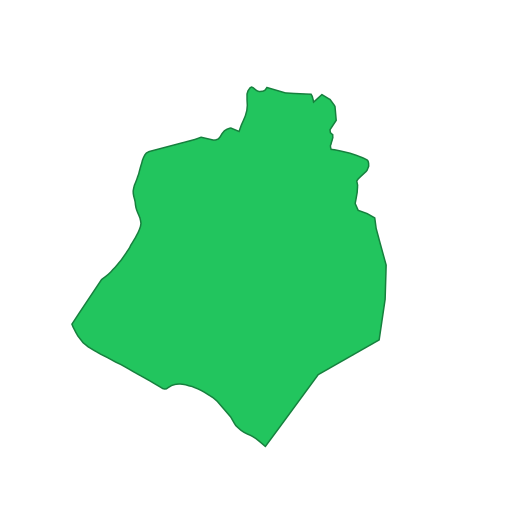 Haydan, Sa`dah, Yemen (Mercator projection), rotated 35°
{"feature_id": "15242507B69358324937252", "entity_name": "Haydan", "entity_type": "district", "adm_level": 2, "iso_a3": "YEM", "parent_name": "Yemen", "parent_adm1": "Sa`dah", "projection": "mercator", "projection_center": [43.376, 16.723], "detail": "fine", "context": "isolated", "style": "filled", "palette": "green", "viewbox_px": 512, "rotation_deg": 35, "n_neighbors": 0, "source": "geoboundaries", "source_scale": "gbopen_adm2", "svg_char_len": 2907}
<svg xmlns="http://www.w3.org/2000/svg" viewBox="0 0 512 512"><g transform="rotate(35 256 256)"><path d="M372.9,406.6L373.5,384.0L375.0,317.5L405.0,254.1L386.6,217.4L374.4,198.8L373.1,196.8L367.8,188.8L347.4,171.9L346.5,171.1L338.6,164.5L332.9,158.3L331.4,156.7L322.8,157.5L314.2,159.8L313.5,160.0L307.1,156.1L304.8,151.0L302.4,145.9L300.5,142.8L300.0,141.9L299.4,141.0L298.6,139.7L295.5,136.8L295.5,135.1L295.5,134.2L296.2,130.6L296.9,127.4L297.6,124.1L297.7,123.8L297.8,122.1L296.8,117.8L295.1,115.5L293.4,114.0L291.9,113.6L287.7,114.2L280.0,116.1L274.0,117.9L265.0,121.5L259.0,124.1L258.8,124.3L257.9,124.7L256.4,125.6L254.6,124.1L253.5,122.6L253.4,121.8L253.3,121.4L252.7,119.9L251.9,117.3L251.7,116.9L251.0,114.9L249.8,113.4L249.4,112.7L246.2,112.3L244.8,110.8L244.2,110.2L244.0,103.0L243.9,98.9L237.8,91.6L234.9,88.2L233.6,87.6L226.9,85.3L225.1,85.5L221.7,85.7L217.4,86.0L214.9,97.0L214.6,96.8L214.3,96.3L213.9,95.9L213.6,95.6L213.0,95.1L212.6,94.8L212.2,94.4L211.8,94.0L211.3,93.7L210.9,93.3L210.6,93.0L210.0,92.7L208.3,91.9L204.9,94.1L194.0,101.0L193.7,101.2L187.1,105.2L186.8,105.4L186.4,105.6L168.3,111.7L168.3,112.4L168.3,114.9L167.3,116.9L164.4,119.4L162.5,120.0L160.7,120.1L157.3,119.8L155.5,120.1L154.7,121.5L154.7,125.2L155.7,128.4L159.0,133.1L162.5,137.6L165.0,142.0L166.9,147.3L168.1,152.9L168.9,157.2L170.7,163.7L162.0,165.6L161.2,166.4L159.5,168.8L158.3,171.6L158.0,175.3L158.3,178.8L158.0,181.7L156.5,184.0L154.8,185.4L142.9,190.2L142.2,191.2L141.1,192.8L139.1,195.6L108.5,231.8L107.2,234.4L107.1,234.8L107.1,235.1L107.0,236.4L107.0,237.1L107.4,239.9L108.1,242.8L109.1,245.4L109.9,248.0L110.8,250.6L111.9,253.6L112.9,256.2L113.7,259.4L113.8,259.5L114.5,262.0L115.2,264.9L115.8,267.7L116.8,270.4L118.1,273.2L119.7,275.3L121.6,277.2L123.9,279.1L126.0,281.0L127.9,283.2L129.8,285.1L131.9,286.8L132.1,286.9L134.3,288.4L136.8,289.9L138.3,290.9L139.1,291.4L141.3,293.4L143.1,295.3L144.0,297.2L144.5,298.3L145.4,301.6L146.0,304.7L146.3,307.3L146.7,310.2L146.9,313.5L147.1,316.1L147.2,318.6L147.2,318.8L147.7,321.6L147.8,324.5L147.8,326.9L147.9,327.5L147.9,328.0L147.9,330.5L147.9,333.6L147.9,334.1L147.9,337.0L147.6,339.8L147.4,342.8L147.1,346.1L146.5,349.5L146.4,350.8L146.2,352.6L146.1,353.0L145.5,355.9L144.6,359.0L143.6,362.0L143.0,363.9L143.9,403.9L144.3,417.4L146.9,419.1L152.2,421.9L156.0,423.7L164.1,426.2L170.7,426.7L177.8,426.2L185.4,425.5L191.9,424.5L201.9,423.4L207.5,422.4L213.5,421.8L223.0,421.0L239.3,419.3L253.3,418.2L255.6,418.1L257.4,417.4L258.8,416.2L259.6,414.0L261.2,410.4L263.4,407.6L265.4,405.8L267.2,404.4L270.2,402.8L272.3,401.8L275.8,400.7L278.3,399.6L281.1,399.0L284.4,398.2L288.0,397.6L291.8,397.2L296.2,397.0L302.3,396.7L307.3,397.2L314.8,399.1L327.7,402.4L334.3,405.5L336.7,406.5L339.5,406.9L343.7,407.4L347.4,407.3L351.0,406.8L354.3,406.1L356.7,405.8L360.7,405.6L366.2,406.0L372.6,406.6L372.9,406.6Z" fill="#22c55e" stroke="#15803d" stroke-width="1.5"/></g></svg>